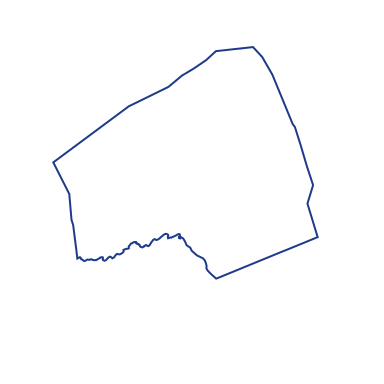 San Sebastián Teitipac, Oaxaca, Mexico (Equal Earth projection), rotated 57°
{"feature_id": "50627088B95051750999200", "entity_name": "San Sebastián Teitipac", "entity_type": "district", "adm_level": 2, "iso_a3": "MEX", "parent_name": "Mexico", "parent_adm1": "Oaxaca", "projection": "equal_earth", "projection_center": [-96.625, 16.948], "detail": "fine", "context": "isolated", "style": "outline", "palette": "blue", "viewbox_px": 384, "rotation_deg": 57, "n_neighbors": 0, "source": "geoboundaries", "source_scale": "gbopen_adm2", "svg_char_len": 3061}
<svg xmlns="http://www.w3.org/2000/svg" viewBox="0 0 384 384"><g transform="rotate(57 192 192)"><path d="M298.3,111.2L264.6,101.5L252.2,86.7L238.6,83.1L233.3,81.7L231.2,81.1L230.2,80.8L211.7,75.3L193.5,70.3L190.1,70.6L137.4,60.7L117.0,59.6L103.7,61.9L86.9,95.2L89.1,108.4L89.4,123.6L88.9,136.9L91.0,154.6L85.7,198.3L90.6,276.5L91.6,292.2L126.8,296.0L149.7,308.2L155.1,309.7L162.7,313.4L165.3,314.6L165.7,314.8L165.9,315.0L166.5,315.2L167.4,315.7L168.6,316.3L169.4,316.6L170.0,316.9L170.2,317.0L170.4,317.1L171.7,317.7L171.8,317.8L172.7,318.2L172.9,318.3L173.1,318.4L173.6,318.7L174.1,318.9L174.3,319.0L176.1,319.8L177.2,320.4L177.3,320.4L177.6,320.6L178.1,320.8L179.1,321.3L179.4,321.5L180.1,321.8L180.6,322.1L181.3,322.4L181.7,322.6L182.0,322.7L183.1,323.2L183.4,323.4L183.8,323.6L184.1,323.8L184.3,323.9L184.5,324.0L185.4,324.4L185.6,321.5L186.5,321.2L186.8,321.4L187.5,321.6L188.2,321.4L188.5,321.0L189.8,320.6L190.6,320.4L191.3,319.9L191.6,318.6L191.6,316.6L191.8,316.4L193.1,314.9L193.2,313.7L193.7,313.3L193.8,312.9L194.3,312.5L194.8,312.4L195.7,311.3L196.2,310.8L196.9,309.3L197.2,304.9L197.0,304.7L197.6,302.9L198.3,302.4L198.9,302.7L199.4,303.0L199.5,303.2L200.0,303.7L200.8,303.6L201.9,303.0L202.3,301.6L202.2,301.4L202.2,300.9L202.0,300.1L201.8,299.3L201.6,298.6L201.5,298.2L201.5,297.8L201.4,297.1L201.6,295.9L201.9,295.6L202.4,295.5L202.9,295.2L204.2,295.0L204.4,293.0L204.1,292.2L203.3,290.5L203.1,288.6L203.3,288.3L203.8,288.0L204.5,287.2L205.0,286.5L205.2,283.7L204.8,281.9L204.4,281.6L204.2,281.5L203.2,281.0L203.3,280.5L203.6,279.3L203.7,278.4L204.7,276.6L204.8,275.6L203.0,274.6L203.0,273.8L202.0,271.3L202.3,270.3L202.4,268.6L202.4,268.0L203.2,266.6L203.4,266.6L203.6,266.1L204.0,266.1L204.0,266.6L204.5,266.8L206.0,266.0L206.2,265.7L206.4,265.2L206.6,265.2L207.0,265.3L207.3,265.0L207.7,264.8L208.1,264.7L208.4,264.9L208.7,265.1L209.1,265.2L209.5,265.1L210.0,265.0L211.5,263.7L211.5,263.1L211.6,261.9L211.3,261.9L211.4,259.6L211.6,259.3L212.1,259.1L212.5,258.8L213.2,258.6L213.6,258.0L213.6,256.6L213.0,255.6L212.8,255.0L212.2,253.8L212.0,253.4L211.8,252.7L211.5,251.7L211.1,250.9L211.0,250.6L211.2,248.9L211.5,248.7L212.0,248.4L212.6,248.3L212.8,248.1L213.3,246.5L213.3,246.2L213.2,244.1L213.0,243.5L212.5,239.0L212.5,238.0L212.7,237.0L213.0,236.6L213.3,236.1L213.7,235.9L214.1,235.7L214.5,235.5L214.7,235.4L215.1,235.4L215.5,235.6L216.5,236.7L216.7,236.9L217.0,237.0L217.5,237.0L217.8,237.2L218.1,236.5L218.4,234.7L218.7,234.3L219.0,234.2L219.2,232.6L219.7,229.4L219.8,226.6L220.0,226.2L220.3,225.6L220.8,225.3L222.2,226.0L222.3,226.7L222.5,227.5L223.4,228.0L223.9,227.8L224.5,227.1L224.1,226.7L223.7,225.9L226.3,224.7L229.2,224.8L231.0,225.0L231.4,225.1L233.8,225.5L237.7,223.8L240.9,224.2L241.2,224.2L248.1,222.3L249.6,221.3L250.9,220.5L253.7,218.9L256.1,218.5L258.9,219.0L261.9,220.0L263.7,221.4L266.0,221.7L269.4,221.1L272.3,220.4L277.8,218.9L278.7,214.5L281.7,198.6L283.2,190.7L286.2,174.7L287.7,166.8L288.9,160.5L290.7,150.9L292.3,142.9L293.8,135.0L295.3,127.1L298.3,111.2Z" fill="none" stroke="#1e3a8a" stroke-width="2"/></g></svg>